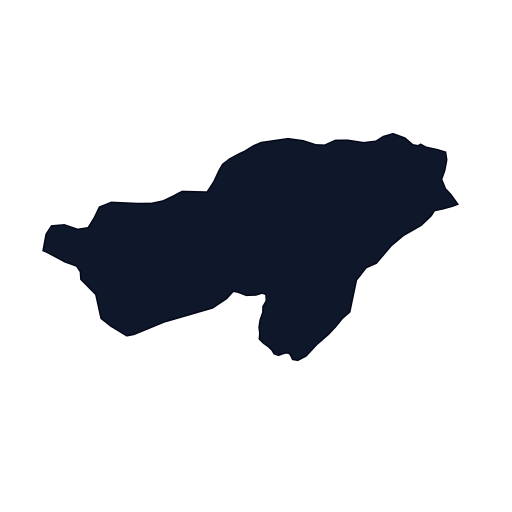 map outline of Gnagna (Equal Earth projection), rotated 79°
{"feature_id": "BFA-2874", "entity_name": "Gnagna", "entity_type": "Province", "adm_level": 1, "iso_a3": "BFA", "parent_name": "Burkina Faso", "parent_adm1": "", "projection": "equal_earth", "projection_center": [0.073, 12.904], "detail": "fine", "context": "isolated", "style": "filled", "palette": "ink", "viewbox_px": 512, "rotation_deg": 79, "n_neighbors": 0, "source": "natural_earth", "source_scale": "10m", "svg_char_len": 1375}
<svg xmlns="http://www.w3.org/2000/svg" viewBox="0 0 512 512"><g transform="rotate(79 256 256)"><path d="M210.1,464.0L194.6,457.9L187.4,451.0L188.8,438.2L195.8,426.0L196.2,415.4L187.4,407.3L178.1,400.4L175.7,387.8L181.9,362.1L184.4,348.6L184.2,336.8L181.3,325.5L179.7,320.5L178.5,316.1L183.9,291.8L175.0,283.2L164.8,275.8L159.6,271.2L155.6,263.2L152.4,252.8L151.1,247.4L147.3,237.3L145.6,229.2L146.9,202.2L151.9,187.6L158.3,176.0L160.3,167.4L157.6,156.0L159.8,144.0L165.3,128.7L166.2,116.3L163.0,108.3L162.1,98.1L168.6,87.3L176.8,80.8L178.7,75.7L177.7,73.1L181.6,68.4L186.4,57.3L190.2,50.1L198.0,50.4L208.0,54.4L216.2,59.2L226.2,57.2L232.7,53.1L243.7,48.0L244.6,53.5L245.4,63.6L245.5,72.2L249.9,76.3L257.4,88.0L264.0,107.4L271.7,121.3L286.0,139.2L288.5,150.1L298.8,162.0L328.8,174.6L333.7,183.1L340.5,191.2L346.7,199.8L354.7,213.6L363.7,225.9L366.4,234.9L364.5,239.8L361.3,240.6L360.1,240.9L357.9,242.1L356.9,244.6L357.0,247.9L357.8,252.9L355.5,256.8L351.1,258.5L347.2,261.3L343.1,265.2L338.2,268.6L332.8,267.1L326.5,266.6L319.7,264.2L312.5,260.0L306.9,258.8L301.9,254.4L295.6,253.6L293.6,257.0L294.3,263.6L292.8,273.0L288.0,280.7L286.3,285.1L292.2,293.0L298.7,308.5L303.3,359.1L309.7,390.8L309.7,398.1L297.3,411.7L287.7,420.0L263.2,420.6L245.5,432.4L238.0,431.4L231.7,434.0L225.4,444.6L212.2,460.8L210.1,464.0Z" fill="#0f172a" stroke="#020617" stroke-width="1.5"/></g></svg>